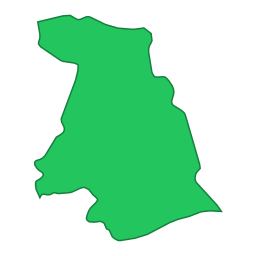 an SVG outline of Kotayk
{"feature_id": "ARM-1673", "entity_name": "Kotayk", "entity_type": "Province", "adm_level": 1, "iso_a3": "ARM", "parent_name": "Armenia", "parent_adm1": "", "projection": "robinson", "projection_center": [44.631, 40.391], "detail": "fine", "context": "isolated", "style": "filled", "palette": "green", "viewbox_px": 256, "rotation_deg": 0, "n_neighbors": 0, "source": "natural_earth", "source_scale": "10m", "svg_char_len": 1660}
<svg xmlns="http://www.w3.org/2000/svg" viewBox="0 0 256 256"><path d="M143.9,28.0L151.1,33.5L152.0,40.6L151.2,42.6L149.2,46.3L148.6,49.4L148.7,52.7L151.9,72.3L153.2,75.0L154.7,76.8L156.6,77.1L163.4,76.8L165.1,77.1L166.8,78.5L169.0,81.0L172.2,85.9L173.5,89.2L173.9,92.3L173.4,94.9L172.1,99.4L171.6,102.0L172.1,103.8L173.1,105.2L182.0,110.8L184.5,113.2L185.5,115.7L199.6,164.2L200.2,168.4L197.4,171.5L195.8,173.8L195.0,177.9L195.3,180.3L196.4,182.6L216.9,205.0L221.4,211.4L210.2,210.8L201.0,211.8L189.4,216.3L178.4,219.2L169.9,222.5L147.3,234.4L135.0,238.2L120.0,240.6L118.0,240.4L114.3,238.5L112.2,236.6L109.3,230.2L106.5,228.8L104.2,223.3L102.2,222.0L100.2,221.4L94.4,222.1L89.3,221.8L87.2,220.4L86.4,218.3L86.9,215.9L87.8,213.3L88.7,211.0L89.8,209.1L90.7,207.8L95.6,202.9L96.8,201.4L97.6,199.8L97.3,198.9L95.8,197.2L93.2,195.0L88.9,189.6L86.1,188.1L83.7,187.3L80.3,188.2L71.9,192.1L70.0,192.6L58.3,193.6L54.6,192.7L53.7,192.8L52.9,193.1L50.9,194.3L50.0,194.6L48.4,194.8L46.7,194.7L43.7,194.2L42.7,194.3L42.0,194.6L41.4,195.1L41.0,195.6L40.7,196.0L39.9,197.7L36.1,189.2L35.6,185.1L35.6,182.5L36.4,181.0L40.1,178.8L41.8,177.5L43.1,175.6L43.2,174.1L42.5,172.7L39.1,170.4L37.1,168.5L34.8,164.9L34.6,162.6L35.7,160.9L37.7,160.1L39.9,159.5L42.5,158.1L45.1,155.6L56.3,137.2L60.8,134.5L63.5,132.2L64.4,129.6L64.1,127.1L61.7,122.2L61.2,118.9L75.7,79.9L77.9,70.5L78.2,64.9L76.1,63.7L74.1,63.0L62.7,61.3L60.1,60.1L40.8,46.9L38.7,44.4L38.5,42.9L39.9,37.8L39.9,34.5L37.8,21.9L62.8,15.9L70.2,15.4L75.2,18.4L78.0,19.7L80.4,19.3L86.3,16.8L88.5,16.7L90.4,17.2L105.4,24.5L117.7,28.1L132.0,29.3L135.1,29.2L143.9,28.0Z" fill="#22c55e" stroke="#15803d" stroke-width="1.5"/></svg>